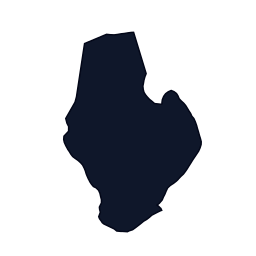 Ash Shahil, Hajjah, Yemen (Natural Earth projection), rotated 246°
{"feature_id": "15242507B16315139957826", "entity_name": "Ash Shahil", "entity_type": "district", "adm_level": 2, "iso_a3": "YEM", "parent_name": "Yemen", "parent_adm1": "Hajjah", "projection": "natural_earth1", "projection_center": [43.424, 15.855], "detail": "fine", "context": "isolated", "style": "filled", "palette": "ink", "viewbox_px": 256, "rotation_deg": 246, "n_neighbors": 0, "source": "geoboundaries", "source_scale": "gbopen_adm2", "svg_char_len": 1992}
<svg xmlns="http://www.w3.org/2000/svg" viewBox="0 0 256 256"><g transform="rotate(246 128 128)"><path d="M39.1,125.3L39.4,125.3L39.8,125.3L41.2,125.3L41.5,125.1L41.9,124.9L42.2,124.8L42.8,124.6L43.1,124.5L43.4,124.3L43.8,124.2L44.1,124.0L44.5,123.9L45.0,123.6L45.4,123.6L45.8,123.3L46.5,126.0L48.4,130.0L50.6,132.3L52.5,134.7L54.9,137.2L57.2,139.9L58.3,143.1L58.8,146.0L58.9,146.9L59.8,150.5L60.5,152.5L61.0,153.5L62.3,156.6L63.4,159.9L65.0,162.8L66.6,165.4L68.4,168.0L70.3,170.9L72.5,174.1L74.2,176.8L75.3,178.6L76.2,180.0L78.1,183.0L80.5,185.7L83.1,188.0L85.7,189.3L88.6,189.8L92.1,190.2L96.0,190.8L99.3,191.2L102.4,191.7L106.3,192.0L109.9,192.0L112.8,191.1L115.8,191.1L118.8,190.6L122.1,190.2L125.1,189.8L127.9,189.0L131.1,187.6L134.0,186.6L137.0,186.7L139.8,186.3L142.5,184.8L144.7,182.7L144.7,179.5L144.0,176.3L142.4,173.5L139.9,170.9L137.3,169.3L136.3,169.0L136.2,167.9L139.5,162.2L142.5,160.8L145.4,159.3L148.3,158.3L148.9,158.1L151.2,157.5L154.1,157.1L157.1,157.6L159.2,158.3L160.2,158.6L162.6,160.3L165.2,162.0L168.1,164.4L169.6,166.0L170.4,166.7L213.1,172.0L213.9,170.1L214.9,166.7L215.8,163.2L216.8,160.1L217.7,156.5L218.7,153.2L220.5,149.6L222.3,146.5L222.8,122.7L219.9,120.8L193.8,104.1L177.4,93.6L173.1,90.1L171.7,88.2L162.0,75.0L160.2,74.7L157.2,74.2L153.5,74.4L149.2,72.4L146.7,66.5L146.6,66.2L143.7,64.6L140.8,64.0L139.3,64.0L137.2,64.0L133.7,64.3L133.1,64.3L130.5,64.8L127.3,65.2L124.4,65.9L121.7,67.4L118.9,69.1L115.6,70.6L112.7,71.5L109.0,71.7L106.2,71.6L103.2,71.2L100.4,71.1L97.4,71.1L97.0,71.2L94.3,71.3L91.4,71.8L88.6,72.6L86.4,74.5L83.1,75.8L79.7,75.8L76.3,75.1L73.3,74.6L70.4,73.3L67.4,69.7L65.3,69.0L64.7,68.9L62.3,68.5L58.9,65.2L56.7,65.1L54.0,65.7L52.0,66.0L50.2,66.9L45.4,71.0L42.0,73.9L41.2,74.5L38.5,75.8L36.4,79.5L35.7,81.1L33.5,85.3L33.6,87.1L33.5,88.2L33.2,90.8L33.9,94.2L34.7,97.5L35.4,100.4L35.6,101.1L36.5,104.3L36.9,107.9L37.7,111.2L38.7,114.3L38.9,117.5L39.1,120.8L39.2,124.0L39.1,125.3Z" fill="#0f172a" stroke="#020617" stroke-width="1.5"/></g></svg>